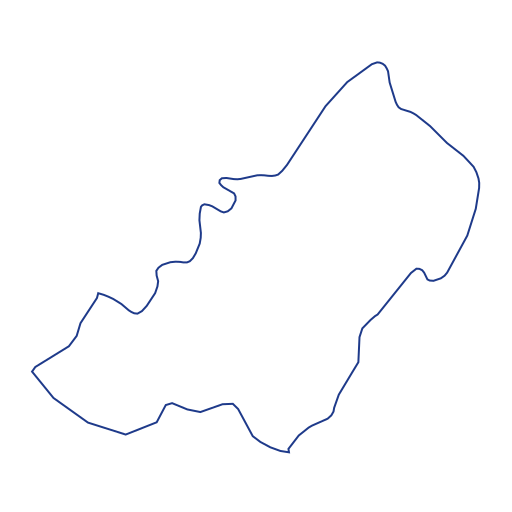 the border of Massa-Carrara, rotated 91°
{"feature_id": "ITA-5382", "entity_name": "Massa-Carrara", "entity_type": "Province", "adm_level": 1, "iso_a3": "ITA", "parent_name": "Italy", "parent_adm1": "", "projection": "natural_earth1", "projection_center": [9.975, 44.229], "detail": "fine", "context": "isolated", "style": "outline", "palette": "blue", "viewbox_px": 512, "rotation_deg": 91, "n_neighbors": 0, "source": "natural_earth", "source_scale": "10m", "svg_char_len": 1814}
<svg xmlns="http://www.w3.org/2000/svg" viewBox="0 0 512 512"><g transform="rotate(91 256 256)"><path d="M375.5,477.9L370.8,474.7L349.5,441.5L339.0,433.9L326.2,430.3L300.8,414.3L296.0,413.1L296.1,412.9L296.3,411.8L297.5,407.5L299.3,402.8L301.4,398.1L306.4,389.7L312.5,382.3L314.1,379.7L315.4,376.8L315.7,373.5L313.1,369.1L307.8,364.4L294.9,356.2L288.1,354.0L282.9,353.4L277.3,355.0L272.6,355.4L269.4,353.3L266.5,349.6L263.7,341.5L263.1,336.3L263.2,331.8L263.7,328.4L263.6,324.9L262.4,322.1L259.3,319.1L254.4,316.3L244.6,312.5L238.8,311.6L233.9,311.5L221.2,313.2L214.5,313.0L207.8,311.9L206.3,310.7L205.2,308.5L205.9,303.9L207.1,300.6L212.0,292.0L213.0,288.9L211.8,285.0L208.8,281.4L200.8,277.4L196.8,277.5L193.8,279.0L187.8,289.9L185.8,292.1L183.6,293.9L180.8,293.6L178.9,291.5L178.5,287.0L179.5,279.5L179.6,276.0L179.2,272.6L175.3,256.2L175.1,252.6L175.2,249.0L175.6,245.2L175.7,241.6L175.2,238.2L174.2,235.3L170.4,231.3L164.4,226.6L105.0,189.1L80.5,167.8L62.2,143.5L60.3,138.3L60.5,135.6L61.6,132.7L63.4,130.3L66.1,128.6L69.0,127.2L80.2,125.4L99.4,119.1L102.3,117.7L104.8,116.0L106.5,113.5L109.3,103.9L110.7,101.0L112.2,98.4L123.1,84.2L139.7,67.0L152.3,50.3L163.0,40.0L168.4,37.1L174.6,34.9L179.0,34.1L184.1,34.1L205.0,37.1L231.9,45.1L269.3,64.6L272.4,67.1L275.1,70.8L277.7,78.1L277.5,81.9L276.4,84.2L269.7,87.6L267.3,89.6L266.0,92.4L265.9,95.4L270.3,100.8L312.4,133.4L314.0,135.9L317.9,140.3L326.5,148.4L335.3,151.1L360.4,151.8L370.0,157.4L393.2,170.8L406.4,175.2L410.2,175.8L414.0,177.9L417.4,181.5L424.6,197.0L426.6,200.3L434.7,210.1L448.3,220.2L451.7,219.6L450.5,228.2L447.0,238.4L441.9,248.3L436.2,256.1L409.3,271.2L404.2,276.6L404.8,286.9L413.0,308.9L410.6,322.0L404.6,337.3L406.6,343.6L424.0,352.4L436.8,383.2L425.5,421.1L401.5,456.0L375.5,477.9Z" fill="none" stroke="#1e3a8a" stroke-width="2"/></g></svg>